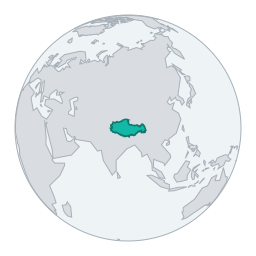 Xizang on an orthographic globe, rotated 352°
{"feature_id": "CHN-1662", "entity_name": "Xizang", "entity_type": "Autonomous Region", "adm_level": 1, "iso_a3": "CHN", "parent_name": "China", "parent_adm1": "", "projection": "orthographic", "projection_center": [89.0, 31.884], "detail": "fine", "context": "on_globe", "style": "filled", "palette": "teal", "viewbox_px": 256, "rotation_deg": 352, "n_neighbors": 0, "source": "natural_earth", "source_scale": "10m", "svg_char_len": 15433}
<svg xmlns="http://www.w3.org/2000/svg" viewBox="0 0 256 256"><g transform="rotate(352 128 128)"><circle cx="128" cy="128" r="113" fill="#eef3f6" stroke="#a8b0b8"/><path d="M170.1,23.5L168.6,23.8L173.5,28.3L178.4,31.0L174.7,29.7L186.2,35.9L191.0,40.6L183.5,34.7L181.1,33.6L183.4,36.2L181.4,35.7L181.4,36.8L178.9,36.2L174.7,33.1L173.0,32.7L174.7,34.6L173.2,35.4L171.0,32.6L168.3,33.7L160.8,29.5L156.9,23.8L150.7,22.0L141.3,17.9L140.1,18.2L135.8,17.3L132.8,17.4L131.9,16.9L130.3,17.4L131.7,17.9L131.4,18.4L129.8,18.6L128.3,17.9L129.0,17.7L127.7,17.6L127.7,17.2L126.8,17.5L125.2,16.8L124.3,17.8L121.0,17.6L120.7,17.1L123.9,16.7L131.1,15.5L131.7,15.4L130.6,15.4L138.7,15.9L146.7,16.9L154.7,18.6L162.5,20.8L170.1,23.5ZM113.5,16.3L115.4,16.1L114.6,16.3L116.3,16.4L112.6,16.9L108.1,17.5L106.5,17.5L104.5,17.9L103.2,18.5L97.5,19.6L89.1,22.3L88.6,22.5L96.7,19.8L105.1,17.7L113.5,16.3ZM172.7,24.8L171.1,24.1L172.6,24.6L173.0,24.8L172.7,24.8ZM182.3,33.2L180.9,31.9L182.9,33.3L182.3,33.2ZM181.8,37.1L182.9,37.7L182.4,38.1L181.8,37.1ZM118.2,16.1L117.3,16.2L117.5,16.1L118.2,16.1ZM119.9,16.1L120.7,15.9L121.6,15.9L121.1,16.0L119.9,16.1ZM178.2,37.4L177.1,38.0L177.5,36.9L178.2,37.4ZM118.6,16.4L123.1,15.9L124.7,15.9L123.9,16.5L118.6,16.4ZM176.0,37.9L173.6,39.6L175.6,40.9L168.4,38.4L172.9,37.6L173.0,36.0L174.3,37.4L176.0,37.9ZM132.8,18.0L131.3,17.5L134.1,17.8L132.8,18.0ZM134.7,18.1L143.6,18.8L145.1,19.9L141.8,19.3L144.9,20.7L141.3,20.8L138.7,20.1L138.5,19.3L137.2,20.0L134.7,18.1ZM164.8,36.8L163.6,36.9L164.1,36.3L164.8,36.8ZM131.5,18.6L133.2,18.6L134.6,19.4L131.5,19.6L132.0,19.3L131.5,18.6ZM147.6,21.1L148.1,21.9L145.2,22.2L145.0,22.6L141.3,20.9L147.6,21.1ZM130.9,19.2L129.9,19.8L127.7,19.6L130.0,18.7L130.9,19.2ZM136.3,19.6L136.8,20.0L135.5,19.8L136.3,19.6ZM119.5,19.6L121.5,19.4L122.4,19.8L119.5,19.6ZM129.6,20.0L130.4,20.1L131.0,20.3L129.9,20.6L129.6,20.0ZM139.5,21.3L138.2,21.3L140.9,22.0L138.9,22.3L136.8,21.2L136.8,21.9L136.2,22.0L135.2,21.0L139.5,21.3ZM130.5,21.6L127.1,20.6L123.2,20.8L122.3,20.5L128.7,20.1L130.5,21.6ZM133.3,21.3L131.4,21.4L131.2,20.7L132.5,20.3L133.3,21.3ZM138.3,23.1L141.9,22.7L142.3,23.0L138.3,23.1ZM129.4,21.8L130.2,22.0L129.1,21.8L129.4,21.8ZM135.6,22.7L136.8,22.6L137.2,22.9L135.6,22.7ZM130.9,22.8L129.8,22.4L130.6,22.1L130.9,22.8ZM133.1,22.8L133.2,23.3L131.6,22.2L133.6,22.7L133.1,22.8ZM135.7,23.1L136.3,23.2L135.1,23.1L135.7,23.1ZM128.4,24.4L126.1,23.0L127.9,22.2L129.9,23.6L128.4,24.4ZM27.9,76.3L36.9,68.0L35.9,71.9L40.0,78.6L39.9,80.5L36.2,84.5L36.6,97.4L40.6,95.3L44.2,104.4L48.7,107.9L56.0,99.7L48.7,93.8L50.6,88.2L59.0,89.0L65.9,94.7L66.9,92.7L65.2,85.7L69.5,83.8L65.0,83.0L64.8,85.7L61.9,85.5L61.9,83.0L63.5,82.4L62.2,80.0L55.2,84.3L54.3,87.5L49.2,84.4L47.2,89.5L44.9,90.3L47.4,82.0L49.3,79.9L51.8,69.7L49.4,71.5L46.9,81.5L46.4,79.9L43.1,82.9L45.3,79.3L48.7,68.4L45.9,65.8L37.7,69.9L37.1,68.2L38.7,64.1L46.5,56.4L47.0,61.2L49.8,59.0L53.8,53.7L53.6,55.8L55.3,54.3L55.8,56.2L60.7,55.1L61.9,56.7L67.7,53.0L69.1,53.5L65.3,55.4L63.2,57.8L66.7,62.4L68.5,62.3L72.0,59.7L72.5,61.5L75.4,58.4L79.3,60.1L77.0,55.6L81.1,52.9L85.5,52.4L86.5,50.8L79.2,51.8L76.7,52.9L75.1,55.1L67.9,58.2L65.9,57.5L71.9,51.6L69.7,50.0L75.4,46.5L91.5,45.3L96.3,46.8L95.9,54.9L92.6,56.0L91.0,53.5L88.9,58.3L90.8,56.7L91.2,58.3L95.2,56.5L95.7,57.6L98.6,54.2L99.7,55.4L97.8,57.5L104.5,56.3L107.8,58.4L109.0,57.6L109.5,56.2L113.3,60.1L114.1,59.3L113.1,57.8L114.1,55.4L117.3,52.9L118.4,54.4L117.4,55.5L117.0,60.2L114.2,63.2L115.0,63.5L117.7,61.3L118.2,55.5L119.8,53.6L120.0,56.2L120.1,55.1L121.2,54.7L123.4,55.6L123.3,52.8L134.4,46.8L139.7,48.4L138.7,51.2L147.6,49.5L152.9,52.2L152.1,50.6L155.7,49.2L154.1,48.3L154.0,47.5L162.7,44.3L165.6,44.9L168.4,42.4L167.9,41.7L165.9,41.1L168.4,38.4L175.6,40.9L176.3,42.3L180.4,43.2L181.3,46.4L183.9,49.8L182.5,53.2L184.7,55.8L186.0,55.9L190.0,59.7L193.6,67.8L184.8,60.8L178.3,50.0L180.4,54.2L178.2,53.2L177.8,54.8L179.5,57.9L180.8,58.3L174.4,64.3L174.9,73.7L179.1,72.4L182.6,74.6L186.9,85.7L181.9,102.6L186.5,107.0L187.4,110.3L184.6,112.9L183.3,108.1L179.7,107.0L179.4,104.1L174.5,107.2L173.9,103.2L170.4,107.8L172.6,110.8L177.2,109.3L174.4,115.5L180.1,120.3L181.6,126.9L175.0,139.9L166.9,144.5L166.6,146.7L163.0,144.7L158.8,149.3L166.1,160.1L166.1,163.3L159.0,170.2L158.7,167.8L149.1,162.6L147.7,170.4L155.1,176.3L157.6,183.2L152.1,181.4L149.5,175.2L146.1,173.2L146.7,166.5L143.3,156.5L137.8,158.5L137.9,154.4L132.4,145.8L124.3,148.3L111.7,158.4L110.4,168.6L105.8,172.5L99.1,156.8L98.4,146.3L94.6,146.6L88.9,136.5L74.8,132.1L74.1,129.0L71.2,129.4L67.4,125.0L66.9,120.0L64.0,119.1L65.8,132.4L69.0,133.4L73.6,130.4L73.3,134.7L77.2,139.7L68.3,146.9L49.6,147.8L50.0,139.7L47.2,113.6L48.5,111.6L48.6,111.3L48.7,110.8L46.2,113.8L46.5,108.8L45.6,126.0L44.4,132.6L49.3,148.1L48.3,148.8L50.5,152.5L60.3,154.0L59.9,156.4L53.9,165.6L42.3,174.1L45.1,184.6L46.4,192.1L42.0,193.1L45.3,199.4L43.5,199.2L45.3,202.2L45.4,203.7L44.6,203.6L43.3,202.3L36.9,194.3L31.3,185.8L26.5,176.8L22.7,167.9L21.4,162.6L20.0,156.7L17.0,140.0L17.5,134.0L17.3,129.8L16.5,128.0L16.5,123.0L16.3,121.4L16.0,116.3L17.2,108.0L18.9,99.8L21.4,91.8L24.3,83.9L27.9,76.3ZM30.2,74.9L29.1,76.6L30.2,74.9ZM70.9,105.9L76.4,109.0L77.8,101.8L80.1,102.5L79.7,99.9L77.9,101.2L77.6,94.5L81.4,94.0L82.8,91.2L81.0,90.0L74.0,92.2L74.4,101.7L71.4,103.5L70.9,105.9ZM64.0,45.6L62.9,47.3L60.7,48.3L59.2,47.1L62.4,45.4L64.0,45.6ZM61.8,49.4L68.2,44.4L69.4,45.2L67.7,45.6L67.8,46.6L65.0,47.5L59.9,53.6L57.6,55.0L56.1,51.4L57.8,51.7L58.8,49.9L61.8,49.4ZM82.5,32.6L85.3,31.2L84.3,34.8L81.8,35.8L80.1,34.4L82.1,32.4L82.5,32.6ZM116.2,17.7L117.4,17.4L117.8,17.5L117.1,17.9L116.2,17.7ZM120.4,19.5L111.7,19.3L112.6,18.9L106.4,19.6L106.3,18.9L110.3,18.4L105.6,18.6L109.2,17.9L105.7,18.2L114.6,17.1L117.6,16.7L114.3,17.4L114.3,18.0L115.2,18.1L120.0,18.3L126.5,18.0L127.5,18.8L126.6,19.4L125.2,19.6L124.9,19.0L123.2,19.7L121.8,19.0L120.4,19.5ZM114.6,30.6L114.9,29.1L111.3,31.7L109.8,30.4L109.5,30.8L107.2,30.5L103.8,30.8L103.6,30.1L102.4,30.5L100.8,30.4L99.1,30.8L98.1,29.8L95.9,30.3L96.7,29.6L93.1,30.8L95.4,29.5L93.6,29.4L92.3,30.7L91.5,25.5L89.5,24.8L86.5,25.1L90.8,23.2L96.3,21.9L101.7,21.4L103.1,22.6L104.8,21.6L105.9,22.0L104.1,22.6L107.6,21.9L108.1,22.4L112.9,22.8L117.6,21.9L119.5,22.2L117.9,22.8L120.9,22.7L119.1,24.1L120.5,24.4L120.0,26.2L116.2,27.4L117.9,27.7L117.7,29.3L114.6,30.6ZM128.2,24.9L123.9,26.4L121.0,26.5L122.9,23.3L122.0,22.9L123.1,21.1L127.3,21.1L126.6,21.6L126.9,22.0L125.4,21.8L126.8,22.3L125.9,23.1L126.6,23.7L125.0,23.9L128.2,24.9ZM41.9,79.9L42.2,81.0L43.2,82.1L41.1,84.2L41.9,79.9ZM44.0,72.5L44.6,72.9L42.2,76.1L41.9,75.1L44.0,72.5ZM47.0,70.6L44.8,72.7L45.8,71.0L47.0,70.6ZM66.0,55.8L66.9,56.3L66.2,57.0L64.8,57.6L66.0,55.8ZM103.6,39.1L104.2,38.0L105.0,38.0L108.2,36.0L109.5,37.0L108.1,38.5L103.6,39.1ZM53.6,100.3L51.1,101.1L50.9,99.7L51.8,99.7L53.6,100.3ZM44.9,92.4L45.9,95.4L44.3,92.9L44.9,92.4ZM105.5,39.8L106.7,38.9L106.6,39.9L105.5,39.8ZM110.6,37.6L110.9,38.7L110.0,36.9L110.6,37.6ZM102.5,236.7L104.6,237.4L102.8,237.1L102.5,236.7ZM60.3,198.0L59.8,208.5L55.9,206.6L53.2,202.4L52.1,195.4L56.1,195.4L57.5,192.7L60.3,198.0ZM183.5,194.7L186.4,194.4L186.3,194.8L183.5,194.7ZM180.5,194.0L183.9,193.3L179.8,195.0L180.5,194.0ZM185.2,193.1L188.7,191.4L190.2,190.4L189.9,191.3L185.2,193.1ZM178.1,194.5L164.8,196.6L159.5,196.1L160.9,194.4L169.5,193.7L178.1,194.5ZM160.4,194.4L152.2,190.7L140.3,177.7L144.6,177.9L156.8,185.3L156.1,186.8L161.1,189.9L160.4,194.4ZM180.1,183.2L179.3,187.5L172.1,188.4L168.7,188.3L166.4,183.2L167.7,180.3L170.5,180.0L180.7,168.5L184.4,170.2L181.3,174.9L184.3,178.0L180.1,183.2ZM110.9,169.6L113.7,175.8L111.1,176.6L110.9,169.6ZM184.5,160.8L180.6,166.0L184.1,159.4L184.5,160.8ZM186.3,154.8L186.8,157.0L184.9,155.2L186.3,154.8ZM166.8,149.9L163.9,150.8L163.7,149.1L167.3,147.1L166.8,149.9ZM182.7,132.5L183.3,137.4L183.0,139.1L181.3,136.5L182.7,132.5ZM118.5,48.3L112.5,49.8L109.1,51.9L108.6,54.5L106.8,51.6L112.1,48.4L118.5,48.3ZM132.3,46.7L132.7,44.7L134.2,45.4L134.3,45.9L132.3,46.7ZM131.3,45.7L128.7,43.7L130.1,42.5L131.9,44.2L131.3,45.7ZM116.9,41.2L115.1,41.5L115.2,40.6L116.9,41.2ZM197.8,216.4L198.6,215.8L199.9,214.7L197.8,216.4ZM192.7,215.5L172.7,225.5L168.9,226.0L171.0,223.9L169.7,218.8L171.0,218.6L171.6,214.5L184.0,207.8L193.2,197.8L198.8,196.3L203.9,188.9L209.3,187.0L206.9,192.3L211.6,192.6L217.0,180.5L217.7,189.4L219.7,190.5L217.7,195.6L206.2,209.0L201.6,213.2L199.6,214.8L197.6,216.0L198.4,214.1L196.2,215.8L199.2,212.8L195.6,216.0L195.4,214.8L192.7,215.5ZM229.9,176.0L230.2,175.3L230.4,174.9L230.4,175.0L229.9,176.0ZM234.1,165.9L234.0,166.1L233.8,166.7L234.1,165.9ZM234.0,165.9L234.5,164.5L234.2,165.6L234.0,165.9ZM233.6,163.3L234.0,162.4L234.0,162.7L233.6,163.3ZM190.7,193.3L195.0,189.1L197.1,188.1L190.7,193.3ZM233.5,162.7L232.8,163.5L232.9,162.8L233.5,162.7ZM233.7,161.2L233.7,160.4L233.9,161.9L233.7,161.2ZM232.6,161.0L233.3,161.4L232.4,161.3L232.6,161.0ZM232.0,161.8L231.3,161.9L231.4,161.6L232.0,161.8ZM222.8,170.5L225.5,173.3L223.0,175.1L220.3,173.9L217.5,178.3L211.6,180.9L213.2,178.4L212.5,175.9L206.0,177.6L204.7,176.2L207.2,174.0L202.7,174.1L207.6,171.4L209.5,174.5L212.2,170.3L216.7,168.9L220.7,168.0L223.7,168.9L222.8,170.5ZM207.3,180.0L208.2,179.6L207.4,181.1L207.3,180.0ZM230.1,161.1L231.0,162.0L230.9,162.6L230.4,162.8L230.1,161.1ZM224.4,167.8L227.7,162.3L228.4,161.8L226.1,167.0L224.4,167.8ZM227.0,160.8L228.4,160.2L229.0,161.4L228.7,162.1L227.0,160.8ZM197.2,180.0L197.0,181.2L195.7,180.8L197.2,180.0ZM199.0,178.8L203.0,178.7L198.6,179.9L199.0,178.8ZM186.3,178.5L187.6,180.8L191.5,178.2L188.5,181.3L191.1,184.9L190.1,186.7L187.6,182.8L186.5,187.7L184.7,188.1L183.9,184.3L185.7,178.8L187.5,176.3L194.6,173.6L186.3,178.5ZM199.0,175.7L198.0,172.9L198.7,170.6L199.9,171.9L199.0,175.7ZM194.5,166.4L191.4,163.5L188.7,165.6L193.9,159.0L196.1,162.8L194.5,166.4ZM191.5,158.9L189.1,160.8L191.5,157.1L191.5,158.9ZM188.3,159.7L187.8,157.2L189.9,157.0L188.3,159.7ZM192.9,158.7L193.0,154.1L194.2,156.4L192.9,158.7ZM186.4,151.5L191.2,154.8L185.4,154.3L184.2,145.6L186.6,144.9L186.4,151.5ZM193.9,112.3L192.7,109.9L194.6,108.7L194.9,110.7L193.9,112.3ZM199.8,103.4L194.8,107.7L190.6,111.4L192.3,112.1L192.2,116.8L189.0,113.4L191.3,107.6L194.7,105.6L194.3,101.9L196.2,98.6L194.4,94.3L194.9,92.0L197.6,95.4L199.8,103.4ZM193.4,92.6L191.0,84.8L195.0,84.7L196.4,86.3L195.9,89.9L193.8,89.7L193.4,92.6ZM191.5,83.0L189.5,82.8L181.5,72.9L180.9,70.8L189.0,77.9L187.5,78.2L188.8,80.8L191.5,83.0ZM164.5,37.6L163.7,37.0L165.0,37.3L164.5,37.6ZM153.0,47.1L153.0,46.1L154.5,46.4L153.0,47.1ZM153.9,43.5L152.2,43.8L153.5,42.8L153.9,43.5ZM148.5,44.8L151.3,43.7L149.3,45.6L148.5,44.8Z" fill="#d9dde1" stroke="#a8b0b8" stroke-width="1"/><path d="M111.8,124.5L111.4,124.1L111.3,123.9L111.4,123.6L111.3,123.1L111.4,122.9L111.8,122.7L111.8,122.4L112.2,122.3L112.4,122.3L112.6,122.2L113.0,122.4L113.4,121.9L113.4,121.4L113.6,121.3L113.6,121.1L113.9,120.8L114.1,120.5L114.1,120.3L114.4,120.5L115.0,120.7L115.2,120.8L115.3,120.8L115.3,120.7L115.5,120.8L115.9,120.8L116.2,121.0L116.8,120.9L116.9,120.7L117.3,120.5L117.3,120.3L117.5,120.2L118.0,120.3L118.2,120.2L118.4,120.3L118.4,120.6L118.6,120.8L118.8,120.8L119.4,121.0L119.8,120.9L120.0,120.9L120.3,121.0L120.9,120.6L121.3,120.6L121.5,120.4L121.9,120.3L122.1,120.3L122.3,120.3L122.5,120.4L122.5,120.5L122.8,120.3L123.1,120.3L123.4,120.1L123.6,119.6L123.9,119.5L124.0,119.4L124.3,119.4L124.5,119.4L125.1,119.3L125.4,119.2L125.7,119.2L126.2,119.2L126.4,119.1L126.9,119.0L127.1,119.0L127.5,119.2L128.0,119.4L128.4,119.4L129.1,119.8L128.8,119.8L128.7,119.9L128.8,120.2L129.3,120.3L129.1,120.9L129.2,121.0L128.8,121.2L128.7,121.4L128.9,121.7L128.9,122.0L129.3,122.0L129.2,122.4L129.3,122.7L129.3,123.0L129.3,123.4L129.1,123.6L129.2,124.0L129.4,124.2L129.5,124.3L129.6,124.6L129.9,124.7L130.0,124.8L130.0,125.0L130.3,125.2L130.6,125.4L130.9,125.5L131.0,125.5L131.2,125.3L131.5,125.3L131.6,125.1L131.9,125.1L132.2,125.6L132.5,125.8L132.9,126.0L133.1,126.0L133.3,126.0L133.6,126.2L134.0,126.2L134.4,126.2L134.6,126.2L134.7,126.4L134.9,126.3L135.2,126.5L135.4,126.5L135.6,126.5L135.8,126.5L136.0,126.6L136.5,126.6L136.8,126.5L136.9,126.3L137.3,126.2L137.5,126.5L137.8,126.6L137.9,126.9L138.1,127.0L138.4,127.0L138.5,127.1L138.7,127.4L138.6,127.5L138.7,127.8L138.8,127.9L139.1,127.9L139.3,128.0L139.8,127.9L139.9,128.0L140.0,128.3L140.1,128.2L140.0,127.9L139.9,127.8L140.0,127.6L140.4,127.8L140.9,127.9L141.0,127.8L140.9,127.7L141.0,127.5L140.9,127.4L141.3,127.2L141.5,127.2L141.7,126.9L141.9,126.7L141.8,126.4L142.2,126.3L142.3,126.3L142.4,126.1L142.9,126.2L143.2,126.4L143.3,126.6L143.7,127.1L143.7,127.5L143.9,127.7L144.0,127.9L144.5,128.3L144.3,128.5L144.1,128.4L144.1,128.7L144.2,128.8L144.4,129.0L144.7,129.5L144.8,130.0L144.9,130.6L145.0,130.8L145.0,131.1L145.0,131.3L145.0,131.6L145.1,131.8L145.2,132.3L145.3,132.4L145.0,132.5L145.1,132.8L145.0,133.0L144.9,133.3L144.7,132.9L144.5,133.0L144.6,133.4L144.5,133.6L144.6,134.0L144.5,134.3L144.3,134.5L144.0,134.2L144.0,134.5L143.7,134.7L143.3,134.3L143.1,134.3L143.0,134.1L142.9,134.0L142.7,134.0L142.6,134.3L142.6,134.5L142.4,134.7L142.0,134.4L141.7,134.5L141.3,134.3L141.0,134.3L140.7,134.5L140.6,134.4L140.9,133.9L141.1,133.8L141.0,133.7L140.8,133.2L140.6,133.2L140.4,133.4L140.3,133.0L140.5,132.9L140.6,132.7L140.4,132.8L140.3,132.7L140.2,132.5L139.7,132.7L139.5,132.9L139.2,132.8L139.2,133.1L138.9,133.3L138.7,133.2L138.3,133.1L137.9,133.1L137.8,132.9L137.6,132.8L137.4,133.0L137.2,133.0L137.0,133.3L137.0,133.6L136.9,133.6L136.6,133.8L136.5,134.1L136.4,134.1L135.7,134.2L135.4,134.3L135.4,134.5L135.2,134.6L135.3,134.7L135.3,134.8L134.9,134.9L134.6,135.2L134.4,135.3L134.5,135.5L134.4,135.7L134.2,135.8L133.9,135.8L133.7,136.0L133.6,135.8L133.3,136.0L133.2,136.0L132.9,135.9L132.7,136.0L132.7,135.9L132.6,135.7L132.2,135.6L132.0,135.4L131.8,135.5L131.6,135.7L131.3,135.5L130.9,135.4L130.6,135.5L130.6,135.4L130.8,135.2L130.7,135.2L130.4,135.0L130.2,135.1L130.1,134.9L130.0,135.0L129.9,134.9L129.6,135.0L129.3,135.3L129.0,135.4L128.8,135.6L128.6,135.9L128.4,136.0L128.2,136.4L128.0,136.6L127.9,136.7L128.0,136.9L128.0,137.0L127.8,137.0L127.6,136.7L127.7,136.3L127.7,135.9L127.7,135.6L127.3,135.4L126.9,135.7L126.5,135.7L126.4,135.8L126.5,135.9L126.0,135.8L125.8,136.0L125.5,136.0L125.4,135.9L125.2,136.0L125.2,135.9L125.0,136.0L124.8,135.9L124.5,135.7L124.4,135.7L124.1,135.5L124.1,135.4L123.9,135.4L123.7,135.7L123.5,135.8L123.1,135.6L123.1,135.4L122.9,135.4L123.0,135.7L122.9,135.8L122.6,135.3L122.3,135.1L122.3,134.9L122.1,135.0L121.8,134.9L121.7,135.0L121.2,134.9L121.2,134.7L121.4,134.5L121.4,134.3L121.2,134.3L120.8,134.4L120.5,134.3L120.6,134.2L120.4,134.1L120.2,134.0L120.0,133.8L119.8,133.7L119.8,133.4L119.7,133.4L119.7,133.2L119.3,132.9L118.9,133.0L118.6,133.1L118.6,132.9L118.4,132.7L118.2,132.5L118.2,132.3L118.1,132.2L117.9,132.2L117.9,132.3L117.7,132.1L117.3,131.8L117.3,131.7L117.1,131.7L116.7,131.3L116.4,131.2L116.3,130.9L116.3,130.7L115.8,130.6L115.5,130.5L115.4,130.5L115.1,130.5L115.0,130.9L114.9,131.0L114.6,131.2L114.4,130.7L114.1,130.5L114.0,130.4L113.8,130.2L113.7,130.2L113.3,130.0L113.1,130.0L113.2,129.9L113.2,129.7L112.6,129.2L112.2,129.2L111.9,129.0L111.9,128.8L111.7,128.5L111.7,128.4L111.5,128.1L111.4,128.1L111.2,128.4L110.9,128.3L110.9,128.1L110.8,127.9L111.0,127.7L110.9,127.6L110.8,127.4L111.0,127.0L110.8,126.9L110.7,126.5L110.6,126.1L110.5,125.8L110.9,125.8L111.1,125.7L111.1,126.1L111.4,126.3L111.6,126.3L111.7,126.1L112.0,126.0L112.0,125.9L112.2,126.0L112.6,125.7L112.3,125.2L112.1,125.1L112.2,124.9L112.3,124.8L112.4,124.6L111.8,124.5Z" fill="#14b8a6" stroke="#0f766e" stroke-width="1.5"/></g></svg>